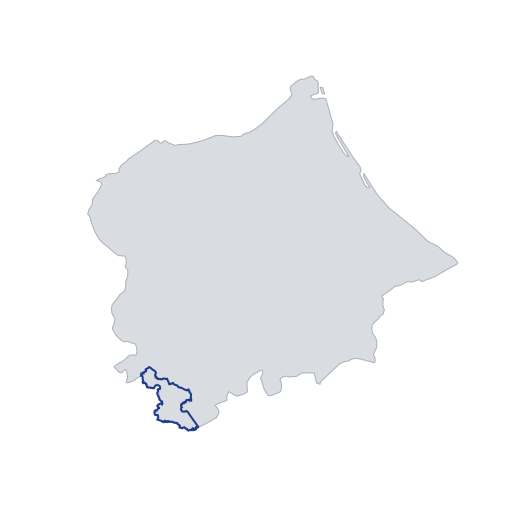 Folon, Denguélé, Ivory Coast shown in context, rotated 243°
{"feature_id": "98640826B69523806833990", "entity_name": "Folon", "entity_type": "district", "adm_level": 2, "iso_a3": "CIV", "parent_name": "Ivory Coast", "parent_adm1": "Denguélé", "projection": "robinson", "projection_center": [-7.378, 10.084], "detail": "fine", "context": "in_parent", "style": "outline", "palette": "blue", "viewbox_px": 512, "rotation_deg": 243, "n_neighbors": 0, "source": "geoboundaries", "source_scale": "gbopen_adm2", "svg_char_len": 9208}
<svg xmlns="http://www.w3.org/2000/svg" viewBox="0 0 512 512"><g transform="rotate(243 256 256)"><path d="M137.0,110.3L138.5,110.2L142.2,109.0L145.6,106.2L148.8,100.3L153.1,95.6L157.9,95.9L159.4,95.0L161.1,94.9L163.1,98.0L165.1,100.4L166.6,100.4L167.6,104.9L176.5,106.8L180.3,108.0L183.4,111.3L184.5,111.3L185.9,110.7L186.9,109.5L187.1,108.3L185.8,105.3L186.4,102.7L187.8,100.3L190.1,100.1L193.5,99.5L197.4,99.5L200.3,99.9L201.5,97.5L200.4,90.9L200.7,87.2L201.2,84.1L202.2,82.9L206.6,86.7L210.6,88.1L213.5,88.3L214.3,87.5L213.0,83.3L213.4,82.0L214.4,81.3L216.3,80.8L221.4,79.1L221.9,79.4L222.9,86.1L222.5,88.3L223.5,92.9L224.9,97.1L224.8,98.8L223.7,101.4L222.4,103.8L222.5,104.8L224.6,106.4L228.5,108.1L232.5,108.5L234.7,106.0L237.1,104.0L238.7,102.2L239.2,99.6L241.8,97.7L249.1,95.2L255.8,94.9L257.4,95.6L260.5,99.3L264.3,101.9L270.2,101.6L274.4,103.1L278.1,105.9L280.6,112.2L283.3,116.7L284.5,123.2L288.7,126.6L292.1,128.1L296.6,132.8L301.3,135.2L306.1,134.7L308.4,137.1L312.0,138.8L315.6,139.0L318.8,133.6L323.0,131.4L333.6,127.1L337.8,125.1L342.1,123.9L352.3,123.5L361.8,124.8L366.5,125.8L369.7,125.1L372.8,127.7L376.0,133.1L378.6,134.8L381.3,136.7L383.2,140.9L385.5,145.1L386.8,147.0L389.7,151.2L392.1,151.2L394.5,149.4L395.6,148.1L396.0,150.8L395.1,155.3L395.3,158.1L396.7,159.1L395.9,162.7L393.1,168.7L393.1,172.3L395.9,173.4L397.9,177.2L399.1,183.7L400.3,185.9L400.4,187.2L402.5,203.0L405.0,218.7L403.5,220.8L401.3,221.4L399.9,222.1L399.5,223.6L400.4,225.8L399.8,227.7L397.1,229.1L391.2,234.1L390.8,236.1L389.2,240.4L387.9,243.0L386.0,247.8L383.0,260.6L381.9,271.2L381.7,274.5L380.5,276.8L379.2,280.0L372.8,289.1L369.5,296.6L370.0,299.8L370.1,303.0L369.2,305.4L369.4,311.6L370.2,316.9L371.3,322.0L376.0,336.6L378.5,345.5L380.0,352.6L381.3,357.4L382.6,359.3L383.1,361.2L390.0,362.5L391.3,363.6L393.3,372.9L392.9,377.1L391.6,378.7L391.6,382.2L391.3,386.6L390.3,388.4L386.5,388.6L383.8,390.3L380.4,389.6L380.0,388.5L378.2,388.1L373.0,385.6L373.9,377.5L371.5,377.2L369.6,378.3L366.0,388.0L364.3,389.6L338.7,384.6L333.1,380.6L326.4,379.7L314.8,380.2L305.3,381.3L302.5,383.8L326.7,382.4L329.3,382.6L330.5,384.1L299.9,387.3L288.3,389.2L284.8,388.7L282.2,385.6L269.5,385.2L266.9,386.2L265.4,388.5L270.4,388.0L278.2,387.9L280.3,389.6L255.7,391.9L238.6,396.3L231.4,399.5L207.6,410.1L193.0,415.1L189.2,417.0L182.6,422.2L174.1,425.4L164.6,431.5L158.7,432.9L157.4,431.0L157.3,420.6L156.5,406.8L156.8,401.5L157.6,396.5L157.6,392.4L160.5,390.9L161.2,389.1L161.7,383.8L164.4,378.9L164.4,370.4L165.2,368.6L165.9,366.3L164.7,360.7L163.2,350.2L162.4,349.5L161.8,349.9L160.3,350.1L154.3,346.5L149.7,345.9L146.4,342.8L146.2,339.2L144.6,337.1L143.6,333.0L141.9,328.3L137.4,325.5L133.1,324.8L130.1,325.4L126.5,325.2L122.4,323.7L119.6,321.9L117.0,318.4L114.5,315.7L112.5,316.0L110.1,315.4L107.7,314.1L107.0,313.2L116.9,302.2L120.2,296.9L120.6,293.6L120.6,290.3L121.7,286.9L122.0,281.7L116.5,263.0L115.1,257.2L113.7,255.5L112.7,254.8L115.5,252.4L119.3,253.1L125.2,254.9L126.4,253.1L130.9,243.6L130.8,240.1L130.3,237.7L132.9,231.2L135.0,228.7L136.0,226.0L135.7,222.3L134.2,220.9L132.1,221.2L129.7,220.3L125.9,218.1L124.0,216.2L124.6,207.7L125.0,205.0L126.3,203.5L128.3,203.1L134.1,202.8L138.8,203.8L142.9,204.4L145.2,204.4L146.9,206.9L149.3,209.5L151.4,209.5L152.1,207.6L151.6,199.1L150.2,194.6L147.1,190.3L138.9,186.7L138.7,181.5L139.6,175.9L141.3,173.9L147.4,170.3L146.3,168.4L144.4,166.4L140.5,164.4L141.4,157.7L141.6,151.7L138.4,152.4L135.0,152.7L132.2,150.9L129.9,147.3L129.4,137.4L129.4,125.9L129.0,120.8L129.9,118.1L132.8,115.6L135.9,112.3L137.0,110.3ZM377.1,389.8L375.7,392.0L369.2,390.6L370.8,388.7L377.1,389.8Z" fill="#d9dde1" stroke="#a8b0b8" stroke-width="1"/><path d="M201.7,99.3L201.5,99.6L201.2,99.8L201.0,100.1L200.9,100.2L199.6,100.0L198.9,99.8L198.5,99.4L198.1,99.1L196.2,99.0L195.8,98.6L195.6,98.0L194.8,97.6L193.9,97.7L193.8,97.9L193.9,98.7L193.7,99.0L193.4,99.2L193.3,99.6L193.2,99.6L192.9,99.4L192.4,99.9L192.0,99.9L191.9,100.1L191.5,100.1L191.0,99.6L190.1,100.0L189.6,99.6L189.3,99.5L189.1,99.6L188.6,99.4L188.4,99.4L188.0,99.8L187.6,100.7L187.2,101.1L187.2,101.4L186.8,102.2L186.6,102.4L186.2,102.4L186.0,102.9L185.2,103.9L185.1,104.3L184.5,104.7L184.5,105.0L186.2,107.5L185.7,109.6L184.8,110.5L183.8,111.0L182.9,111.1L181.8,110.3L181.5,110.4L181.2,110.2L181.2,109.8L181.8,108.5L181.5,107.7L180.1,107.5L178.9,105.9L178.5,105.6L177.7,105.4L172.6,105.1L172.0,104.7L171.7,104.8L170.7,105.3L170.4,105.3L169.4,106.0L169.1,106.2L166.9,105.6L166.5,104.9L167.5,104.8L167.9,104.4L168.0,103.5L168.0,102.2L167.9,101.1L167.5,100.1L166.8,99.9L165.8,100.0L165.1,100.7L164.8,100.7L164.5,100.7L164.4,100.6L164.5,100.3L164.8,100.2L164.4,99.2L164.3,98.9L164.1,98.8L164.0,98.3L163.7,97.8L163.7,97.3L163.5,96.9L163.7,96.4L164.1,96.2L163.7,95.5L163.8,95.2L163.7,95.1L163.2,94.6L162.9,94.7L161.1,94.0L160.4,93.9L160.0,94.3L159.5,94.9L159.2,95.3L159.1,96.0L158.9,96.3L158.5,96.3L158.0,96.0L157.2,95.9L156.6,95.6L154.9,93.8L153.8,95.1L152.6,96.2L152.5,96.5L151.8,97.2L151.5,97.3L150.8,97.3L150.5,97.9L149.9,98.2L149.8,98.3L149.9,98.5L150.3,98.7L150.5,99.0L150.7,99.7L150.6,100.1L150.4,100.3L150.1,100.4L149.3,100.1L148.9,100.4L148.9,100.6L149.0,101.0L149.1,101.5L148.7,101.7L148.1,102.0L148.1,102.3L148.6,102.2L148.8,102.2L149.0,102.4L148.9,102.7L148.5,103.1L148.3,103.5L147.5,103.9L147.3,104.1L146.7,105.2L146.4,106.1L146.2,106.1L145.7,106.5L145.1,107.0L144.9,107.6L144.7,107.6L144.2,107.9L144.1,108.2L143.9,108.5L143.8,108.8L143.6,109.1L143.4,109.5L143.2,109.8L142.9,110.0L141.9,110.0L141.0,110.3L140.8,110.6L140.3,110.8L140.0,111.1L138.7,110.9L138.1,110.4L138.0,110.0L137.6,110.1L137.5,110.3L137.0,111.4L136.6,111.5L136.3,111.7L136.0,112.0L136.2,112.8L136.1,114.3L135.7,114.4L134.1,115.2L133.7,115.7L133.4,115.5L132.8,116.0L132.0,116.0L131.3,116.3L131.0,116.7L131.1,118.0L130.9,118.5L130.4,119.3L130.1,120.0L129.7,120.3L129.5,120.6L129.7,120.9L130.2,121.2L130.7,120.7L130.8,120.6L131.0,120.7L131.3,121.1L131.2,121.7L130.9,121.9L130.3,121.9L130.1,122.3L129.7,122.4L129.3,122.4L129.2,122.3L129.0,122.2L128.9,122.4L129.3,122.7L129.3,123.1L128.9,123.2L128.8,123.6L129.2,124.4L129.5,124.5L130.1,124.1L130.3,124.3L130.2,124.6L130.6,124.7L130.7,124.9L130.7,125.4L130.4,126.0L130.0,126.0L129.8,126.2L129.8,126.6L130.2,127.0L130.4,126.9L130.6,126.8L131.2,126.8L131.6,126.6L131.8,126.7L144.0,124.9L148.2,124.4L148.7,123.9L149.2,123.9L149.6,123.3L149.7,123.2L149.5,122.7L149.5,122.3L150.5,120.3L150.8,119.9L151.3,119.5L151.8,119.4L152.5,119.7L153.2,119.4L153.4,119.5L153.8,119.9L154.6,120.3L154.8,120.7L154.8,121.1L155.2,121.0L155.5,121.2L156.0,121.1L157.0,121.4L157.1,121.9L157.5,122.0L157.4,122.3L157.6,122.4L157.7,122.5L157.3,123.2L157.8,122.8L158.0,122.8L158.1,123.2L157.8,123.4L157.7,123.5L157.9,123.8L157.8,124.4L158.3,124.3L158.5,124.7L158.4,124.8L158.1,124.6L158.1,124.8L157.8,125.0L158.1,125.2L158.0,125.4L158.2,125.5L158.3,125.7L158.3,125.8L158.0,125.8L158.0,126.1L157.6,126.3L157.8,126.3L157.9,126.5L157.6,126.7L157.6,126.8L157.8,127.3L158.1,127.3L158.4,127.1L158.5,127.2L158.5,127.3L158.4,127.4L158.4,127.6L158.6,127.8L158.6,128.1L158.8,128.2L159.1,128.3L159.2,128.5L158.9,128.7L158.9,129.1L158.5,129.8L158.6,130.2L158.4,130.4L158.5,130.9L158.3,131.1L158.2,131.6L157.9,131.4L157.8,131.7L157.4,131.6L157.5,131.8L157.4,131.9L157.5,132.0L157.4,132.1L157.0,132.3L156.9,132.3L156.6,132.6L157.5,133.1L158.2,133.3L158.4,133.5L158.8,133.3L159.5,133.7L159.8,133.7L159.9,133.8L160.0,134.0L161.1,134.6L161.5,135.0L162.4,135.3L163.6,135.3L164.4,134.9L164.8,134.9L165.3,135.2L165.6,135.1L166.1,135.4L166.5,135.5L166.8,135.2L167.8,135.1L167.8,134.9L167.7,134.8L167.7,134.6L167.5,133.9L167.7,133.2L168.4,133.0L169.3,131.8L171.4,130.5L172.4,129.7L172.6,129.6L172.9,129.3L172.9,128.9L173.6,128.4L173.7,128.0L174.1,127.5L174.5,127.2L175.7,127.3L176.0,127.2L176.7,126.7L176.9,126.4L177.2,126.1L177.5,126.1L177.7,125.6L177.9,125.5L178.1,125.3L178.4,125.1L178.7,124.8L179.3,124.6L179.5,124.5L179.8,124.6L180.0,124.4L180.4,124.4L180.5,124.1L180.8,123.9L180.7,123.7L180.5,123.4L180.6,122.7L180.8,122.5L180.8,122.3L180.6,122.0L180.6,121.7L180.7,121.3L181.1,121.2L181.1,120.9L181.2,120.5L181.6,120.5L183.4,120.9L184.3,120.8L185.1,120.8L186.6,121.0L186.9,121.1L187.1,120.5L187.4,119.7L187.9,119.5L188.1,119.3L188.4,118.8L188.5,118.4L188.9,118.0L188.9,117.5L188.9,117.2L188.7,116.9L188.8,116.6L188.7,116.3L188.8,116.0L189.0,115.7L189.6,115.4L189.6,115.0L190.1,114.2L190.3,113.9L190.4,113.6L190.8,113.6L191.0,113.4L191.3,112.8L191.3,112.6L191.7,112.7L191.9,112.5L192.1,112.3L192.4,112.1L192.6,112.2L192.7,112.3L192.9,112.2L193.4,112.1L193.6,112.0L193.6,111.7L194.0,111.9L194.2,112.2L194.4,112.1L194.6,111.7L195.0,111.8L195.3,112.0L195.8,112.0L196.4,112.7L197.0,113.5L197.2,113.8L197.8,113.9L199.6,113.7L201.2,112.5L204.2,111.3L205.3,110.6L205.6,110.1L205.2,109.5L205.1,108.9L205.2,106.5L205.1,106.4L205.0,106.2L204.8,106.2L204.6,106.0L204.2,106.2L203.8,106.1L203.7,106.0L203.4,105.8L203.5,105.6L203.3,105.5L203.3,105.3L203.2,105.2L203.2,104.7L203.3,104.1L203.1,103.7L203.1,103.4L203.4,103.2L203.3,102.9L203.3,102.6L203.3,102.2L203.1,102.3L203.1,102.0L203.0,101.9L202.6,102.0L202.7,101.7L202.6,101.2L202.3,100.7L202.4,100.3L202.3,100.2L202.0,100.1L202.1,99.9L201.9,99.5L202.0,99.5L201.7,99.3Z" fill="none" stroke="#1e3a8a" stroke-width="2"/></g></svg>